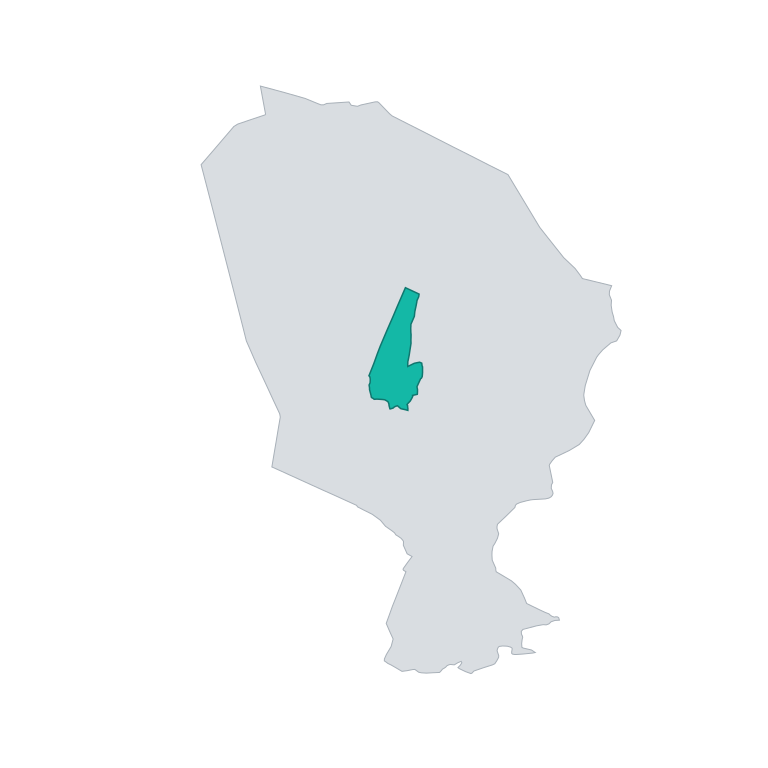 Tchirozérine, Agadez, Niger (highlighted), rotated 294°
{"feature_id": "23599985B66307714151869", "entity_name": "Tchirozérine", "entity_type": "district", "adm_level": 2, "iso_a3": "NER", "parent_name": "Niger", "parent_adm1": "Agadez", "projection": "equal_earth", "projection_center": [8.551, 17.383], "detail": "fine", "context": "in_parent", "style": "filled", "palette": "teal", "viewbox_px": 768, "rotation_deg": 294, "n_neighbors": 0, "source": "geoboundaries", "source_scale": "gbopen_adm2", "svg_char_len": 4505}
<svg xmlns="http://www.w3.org/2000/svg" viewBox="0 0 768 768"><g transform="rotate(294 384 384)"><path d="M566.4,552.0L560.6,552.2L557.2,553.5L553.0,557.8L548.3,559.5L542.5,563.2L538.9,566.3L535.5,568.6L530.8,574.4L529.3,578.8L524.6,579.7L518.0,579.0L513.8,574.5L504.1,569.9L497.9,568.0L495.0,567.4L480.2,566.6L464.4,568.5L456.4,570.6L454.9,571.1L450.4,573.9L446.6,577.0L436.4,591.3L422.9,590.8L414.9,589.2L408.2,587.0L398.6,580.3L386.8,570.2L382.2,568.8L378.2,568.0L376.8,568.1L362.7,578.2L360.0,578.0L356.7,579.2L354.5,581.7L352.9,582.9L351.2,583.1L349.0,582.6L346.8,581.0L344.7,578.2L338.9,567.0L337.7,565.0L335.2,561.6L331.1,556.5L328.3,554.0L326.6,553.4L324.5,553.8L313.3,549.4L302.0,544.7L299.5,545.3L297.7,546.2L293.8,549.7L289.2,550.4L283.4,550.1L280.2,549.6L275.0,550.8L271.6,552.2L267.1,554.5L261.2,561.0L259.5,561.8L258.1,562.9L256.0,580.5L254.4,585.8L251.4,592.8L245.5,599.5L241.5,603.6L241.3,609.1L241.0,618.0L240.9,624.2L241.1,628.2L240.4,630.1L240.1,631.9L240.3,634.5L241.3,635.7L241.8,637.4L241.5,638.7L239.6,640.3L237.5,636.3L234.8,633.4L231.9,632.2L229.9,630.1L228.9,627.3L225.1,621.7L216.3,610.7L215.4,610.5L213.9,610.0L211.4,611.3L209.9,613.1L208.8,613.8L207.2,614.0L202.9,615.3L199.5,617.1L199.4,618.6L201.0,626.9L200.2,631.4L198.7,629.3L193.9,620.9L190.6,614.7L190.0,613.3L189.5,611.2L189.9,610.2L191.2,609.6L194.3,608.8L194.9,608.1L195.1,606.4L194.6,603.2L192.9,598.9L191.2,596.1L190.2,595.5L188.3,595.4L186.3,595.8L182.5,599.3L180.9,599.9L177.0,599.6L173.5,599.0L171.4,597.2L165.2,590.2L158.4,582.9L155.5,581.9L154.8,581.1L154.4,575.5L154.6,568.7L155.0,566.9L157.9,568.0L161.0,568.5L162.0,567.3L159.5,564.9L156.0,562.4L154.8,558.7L153.8,557.4L152.2,556.1L150.4,555.5L148.6,554.4L147.3,553.4L145.3,552.9L143.1,552.1L140.1,546.1L137.1,540.3L135.4,535.7L134.8,533.0L135.8,528.3L134.9,526.5L131.5,521.7L128.8,517.3L129.6,510.5L130.2,504.8L130.3,501.2L130.8,499.2L131.2,496.9L133.0,496.2L137.8,496.2L147.1,497.3L154.5,496.1L154.9,495.9L160.3,489.8L166.2,483.4L174.9,482.8L184.3,482.1L191.8,481.8L202.6,481.3L211.3,480.9L221.4,480.4L221.8,477.5L222.4,476.8L223.4,476.7L230.8,478.2L237.8,479.8L238.3,474.2L244.5,467.3L248.0,465.9L248.9,464.7L250.0,462.3L250.7,458.7L251.0,456.2L252.4,454.0L253.3,450.1L254.6,443.3L258.1,436.1L260.2,426.3L260.6,416.9L261.0,409.8L262.0,408.3L262.1,395.6L262.2,382.8L262.2,372.1L262.3,358.7L262.4,346.9L262.5,334.2L262.6,322.8L262.6,315.3L269.6,313.5L276.9,311.6L287.5,308.9L299.0,305.9L311.6,302.7L314.4,300.8L323.9,289.8L328.2,284.9L336.7,275.2L343.3,267.6L351.6,258.0L360.4,248.4L367.4,240.7L378.4,232.1L395.0,219.0L411.6,205.9L428.1,192.8L444.5,179.8L461.0,166.7L477.4,153.7L493.7,140.7L510.0,127.7L526.6,132.7L542.4,137.4L558.2,142.1L562.0,144.7L570.5,153.9L581.4,165.8L581.9,166.0L582.4,166.0L592.6,159.0L605.9,149.9L609.8,174.6L612.8,195.8L613.2,209.3L613.4,212.9L614.5,215.3L617.0,217.6L627.4,237.3L625.3,240.7L626.9,246.8L629.5,249.4L638.1,261.1L639.2,263.4L638.8,265.2L633.2,279.0L632.2,282.4L631.3,300.1L630.7,312.5L629.8,329.6L628.7,350.1L627.9,367.4L626.7,390.4L625.7,412.1L617.3,424.1L602.5,445.3L590.4,462.6L584.3,474.2L572.5,496.8L567.3,511.5L563.1,519.1L561.0,522.4L563.0,533.2L566.4,552.0Z" fill="#d9dde1" stroke="#a8b0b8" stroke-width="1"/><path d="M369.6,416.5L371.5,415.7L372.8,414.8L373.6,414.6L374.5,413.4L375.8,413.7L378.6,414.7L379.1,414.9L382.0,415.2L384.4,415.3L384.8,415.0L385.2,414.7L386.3,416.2L388.1,418.6L388.6,418.5L390.9,417.6L392.7,416.8L394.9,415.2L403.7,415.3L404.5,415.8L406.2,415.9L407.8,415.4L410.3,414.5L412.5,413.5L414.1,412.8L415.4,412.2L416.2,411.3L417.9,410.3L418.4,410.0L418.4,407.7L417.1,405.8L415.2,403.2L411.6,400.2L409.7,398.6L410.8,398.0L412.9,397.2L413.9,396.7L416.6,396.2L420.9,395.2L424.8,394.1L428.6,393.1L432.2,392.1L435.1,390.7L437.6,389.7L440.2,388.6L442.1,387.5L443.8,386.7L445.9,385.7L447.8,385.0L449.4,384.3L458.2,384.2L460.6,383.4L462.7,382.7L465.6,382.1L468.9,381.4L472.3,380.6L473.5,380.2L477.8,380.2L480.4,379.5L480.7,364.4L459.7,364.6L450.4,364.8L435.0,364.9L416.9,365.2L409.2,365.6L398.5,366.4L385.4,366.9L384.8,368.1L383.9,368.8L383.3,369.2L382.1,369.8L379.5,370.8L377.0,370.8L374.5,372.4L373.1,373.0L371.7,374.1L369.7,375.7L367.5,377.4L367.0,377.5L366.5,378.5L366.4,380.1L366.1,380.8L366.1,381.4L367.3,383.6L369.2,388.8L369.9,391.1L369.8,392.2L369.5,394.7L369.1,395.2L367.9,396.5L366.2,397.5L365.1,398.4L363.7,399.5L363.8,399.9L365.7,402.1L367.5,402.9L369.6,405.0L369.4,405.8L368.5,408.7L368.3,409.5L369.3,414.4L369.6,416.5Z" fill="#14b8a6" stroke="#0f766e" stroke-width="1.5"/></g></svg>